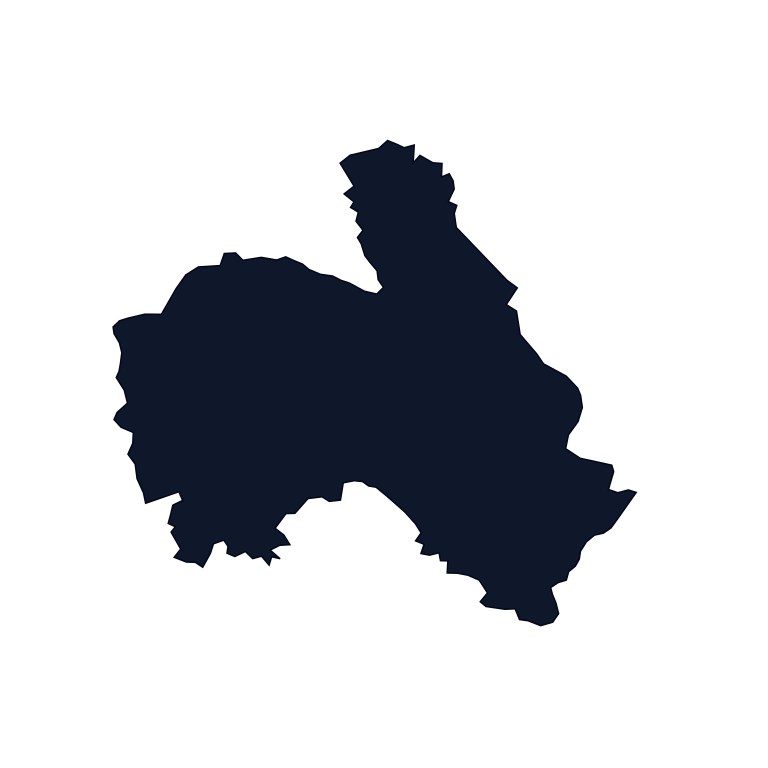 the district of Ernestina, Rio Grande do Sul, Brazil, rotated 290°
{"feature_id": "56859067B68568949891586", "entity_name": "Ernestina", "entity_type": "district", "adm_level": 2, "iso_a3": "BRA", "parent_name": "Brazil", "parent_adm1": "Rio Grande do Sul", "projection": "mercator", "projection_center": [-52.561, -28.425], "detail": "fine", "context": "isolated", "style": "filled", "palette": "ink", "viewbox_px": 768, "rotation_deg": 290, "n_neighbors": 0, "source": "geoboundaries", "source_scale": "gbopen_adm2", "svg_char_len": 2307}
<svg xmlns="http://www.w3.org/2000/svg" viewBox="0 0 768 768"><g transform="rotate(290 384 384)"><path d="M618.9,330.7L612.9,322.1L613.6,314.6L614.0,304.1L603.5,298.4L587.4,273.9L576.5,267.2L559.7,288.2L549.0,281.5L544.9,293.5L538.5,292.2L536.7,301.1L527.4,302.0L521.3,311.7L512.6,308.9L508.0,314.6L498.1,322.1L493.7,328.9L488.0,338.8L480.0,342.9L474.6,350.5L466.0,346.4L464.5,333.8L467.0,317.2L466.7,308.1L467.9,298.7L465.3,286.5L466.0,274.2L468.8,266.4L469.2,256.7L469.9,248.2L463.8,240.7L461.0,225.3L452.0,209.1L456.4,199.7L452.0,189.3L439.2,189.5L430.5,169.5L418.6,160.4L402.5,156.0L373.4,151.0L367.7,135.2L358.6,121.3L353.0,113.9L345.0,109.9L339.0,113.1L332.2,121.3L323.8,126.9L312.7,129.4L305.2,130.7L298.5,130.2L289.4,142.0L278.3,149.5L266.0,142.9L258.2,142.5L253.4,151.8L252.7,165.0L242.4,168.2L230.5,167.4L223.6,177.6L210.5,184.4L199.6,195.1L190.4,200.8L212.6,228.1L205.7,234.6L197.9,227.0L188.8,228.1L179.2,228.9L178.5,236.7L172.0,234.6L159.4,249.4L149.4,246.1L149.1,259.1L151.9,267.7L149.8,276.3L165.6,278.8L175.5,278.4L182.5,286.9L178.0,293.0L171.3,294.3L170.9,302.8L179.2,311.0L175.0,320.3L180.3,327.8L174.5,338.0L183.2,337.5L184.3,346.1L189.0,333.8L196.8,341.2L200.8,350.5L207.8,341.6L211.2,331.0L228.7,336.2L232.0,344.5L250.4,351.8L256.8,364.4L255.0,372.7L260.0,382.8L277.2,379.5L282.9,389.0L285.0,397.1L282.9,404.5L284.3,411.8L280.1,423.7L276.5,433.1L270.8,447.4L263.5,461.2L256.8,469.8L247.4,467.3L247.1,476.4L237.3,476.7L238.7,485.3L244.2,493.5L237.3,497.5L239.6,504.5L228.0,508.0L231.3,517.6L233.0,528.1L232.3,540.5L223.1,552.7L212.3,548.9L209.8,555.9L213.7,574.7L217.6,584.1L209.0,591.9L210.8,600.3L210.5,613.9L217.9,624.0L228.0,626.6L237.1,620.4L243.8,614.3L249.7,610.2L256.8,615.4L262.1,622.4L270.8,621.7L278.3,626.1L286.2,627.4L294.1,625.8L304.9,628.2L313.9,633.4L318.9,641.2L326.4,646.5L336.4,649.4L357.4,655.1L368.4,658.1L368.0,649.8L361.8,640.9L361.6,631.0L380.2,629.8L385.6,625.8L381.3,593.8L385.3,576.8L399.3,574.7L415.1,579.2L429.8,578.4L440.6,572.6L446.3,567.4L453.7,552.6L457.5,527.0L464.6,517.1L477.1,495.0L497.9,483.5L500.4,471.7L519.9,476.4L523.5,464.1L555.8,398.4L568.3,391.7L576.7,391.3L577.4,382.0L591.2,383.3L598.5,379.5L603.9,373.4L598.2,367.2L611.1,363.1L608.6,354.2L611.1,339.6L601.7,335.8L618.9,330.7Z" fill="#0f172a" stroke="#020617" stroke-width="1.5"/></g></svg>